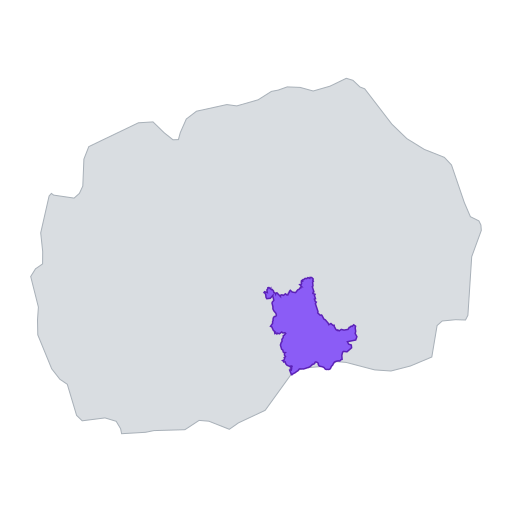 location of Kavadartsi, Kavadartsi, North Macedonia
{"feature_id": "65306769B96152204239158", "entity_name": "Kavadartsi", "entity_type": "district", "adm_level": 2, "iso_a3": "MKD", "parent_name": "North Macedonia", "parent_adm1": "Kavadartsi", "projection": "mercator", "projection_center": [22.001, 41.309], "detail": "fine", "context": "in_parent", "style": "filled", "palette": "violet", "viewbox_px": 512, "rotation_deg": 0, "n_neighbors": 0, "source": "geoboundaries", "source_scale": "gbopen_adm2", "svg_char_len": 4230}
<svg xmlns="http://www.w3.org/2000/svg" viewBox="0 0 512 512"><path d="M227.0,104.6L236.8,105.9L258.1,99.8L271.4,91.4L278.2,90.1L287.2,86.9L300.1,87.4L313.2,91.0L329.9,86.2L346.3,78.3L352.9,80.3L360.0,87.0L364.7,88.8L391.9,124.2L406.8,138.6L424.3,149.4L444.4,157.4L451.5,165.0L464.3,202.5L470.4,216.7L478.9,220.9L480.9,225.0L481.3,230.4L471.7,256.7L467.9,315.3L465.5,320.0L455.5,319.7L442.2,321.0L437.1,325.5L431.8,357.0L410.4,366.0L391.0,371.0L374.7,369.9L346.0,362.4L336.6,361.6L328.5,365.9L302.9,368.1L291.7,373.6L265.2,410.3L238.4,422.9L229.3,429.3L208.9,421.2L199.1,420.4L184.9,429.7L153.9,430.6L145.5,432.3L121.6,433.7L120.6,428.7L116.2,421.3L105.0,417.9L82.2,420.8L76.6,415.4L67.3,384.3L59.9,379.3L51.7,368.8L37.8,334.9L37.5,320.0L38.4,307.1L30.7,276.5L35.5,268.8L42.6,263.9L42.7,251.6L40.7,232.9L49.1,196.0L51.4,193.4L53.6,195.1L74.1,198.1L79.4,193.4L82.8,186.1L83.9,159.1L88.8,146.6L138.4,122.8L153.0,121.9L164.2,132.8L173.0,139.8L178.4,139.6L180.3,132.6L186.3,119.0L196.5,111.2L226.7,104.6L227.0,104.6Z" fill="#d9dde1" stroke="#a8b0b8" stroke-width="1"/><path d="M322.1,315.7L321.6,315.0L320.2,315.2L317.7,312.9L318.0,311.6L315.4,303.7L316.3,302.1L315.3,301.5L314.4,299.1L315.5,298.7L314.4,295.5L315.1,294.3L312.9,293.5L313.2,292.1L313.9,291.8L312.3,286.7L313.0,285.9L312.6,282.2L313.4,281.2L312.8,280.4L313.2,279.0L311.7,277.5L310.1,277.4L309.8,278.4L307.9,277.6L306.6,278.6L305.1,278.4L303.6,279.7L303.0,279.6L301.7,280.6L302.5,281.2L301.2,281.9L301.6,283.6L301.2,284.4L299.8,284.6L301.6,286.6L301.0,286.5L300.8,287.8L300.2,287.7L299.3,289.1L297.7,289.9L295.6,292.6L292.3,292.1L290.3,290.3L289.3,291.5L289.4,292.3L288.3,293.3L288.0,294.8L287.0,295.0L285.4,293.8L283.4,295.4L281.9,294.8L280.8,295.1L280.3,295.5L280.4,296.4L276.9,292.8L275.8,293.2L275.6,294.1L275.2,293.2L273.8,292.3L273.5,291.0L272.2,289.5L271.5,289.7L270.9,289.2L270.8,288.4L270.5,288.8L268.9,287.5L267.9,287.7L267.9,288.5L266.9,289.9L267.3,292.6L264.6,291.7L264.0,292.6L264.7,292.9L265.7,294.5L266.0,297.3L266.8,298.7L270.3,298.3L272.8,295.5L272.6,296.7L273.1,297.1L273.8,300.4L272.3,302.1L272.0,303.1L272.9,306.7L272.9,308.9L273.8,310.8L275.9,313.3L276.4,315.2L276.1,315.9L275.3,316.5L274.4,316.5L273.5,317.5L273.0,319.2L273.2,320.4L272.6,321.3L272.6,323.4L270.5,326.3L271.8,326.9L273.3,330.3L275.0,331.8L274.6,332.1L274.9,333.6L276.1,333.1L276.9,334.0L277.6,333.2L279.4,333.8L281.7,332.0L282.9,333.0L284.9,332.7L285.7,333.4L284.3,335.2L283.3,335.6L283.2,337.5L281.9,339.3L282.0,341.6L281.3,342.3L280.4,345.0L281.6,349.2L282.9,350.2L283.2,352.0L283.9,352.5L285.2,352.6L284.5,353.2L284.4,355.0L285.5,356.6L284.3,357.6L284.7,357.9L284.1,360.0L282.6,360.6L283.5,361.2L283.7,362.0L285.2,361.9L285.7,363.7L287.1,365.3L289.8,366.4L291.2,365.9L292.1,366.3L292.0,366.8L291.0,366.8L291.3,367.4L290.5,368.0L291.6,368.6L291.3,370.1L290.4,369.7L289.6,370.0L291.7,375.3L291.7,375.2L292.0,374.7L292.3,374.3L292.4,374.2L294.1,373.2L295.0,372.8L295.8,372.2L296.9,371.3L297.8,370.9L298.4,370.1L299.0,369.3L299.6,368.9L300.1,368.8L301.0,369.0L302.1,368.9L303.4,369.0L304.8,368.6L306.0,368.2L306.7,367.9L307.2,367.7L308.2,367.6L309.9,366.7L311.7,365.3L312.2,364.5L313.0,364.2L313.5,364.2L313.9,364.0L314.3,363.7L314.6,363.4L314.8,363.2L314.8,362.9L314.9,362.4L315.9,361.9L317.2,362.4L317.6,362.6L317.7,362.8L318.2,363.3L318.3,363.6L318.3,364.1L318.3,364.7L318.6,365.1L319.4,366.1L320.6,366.4L322.2,366.7L323.8,367.4L324.0,367.5L324.4,368.0L325.0,368.8L325.4,369.2L326.4,369.5L327.2,369.4L327.7,369.4L328.8,369.5L329.9,369.1L330.6,368.2L330.9,367.6L331.2,366.7L331.5,366.2L332.1,365.7L332.8,364.9L333.4,363.5L334.2,362.4L334.4,362.1L334.8,361.9L335.3,361.6L336.6,361.2L337.1,361.1L337.5,361.0L338.1,360.9L338.7,360.9L339.5,361.0L340.0,360.8L340.3,360.6L341.0,359.7L341.9,359.3L342.1,359.3L341.8,355.4L342.6,352.2L343.6,351.4L347.0,351.8L351.6,347.8L351.3,345.0L348.6,344.1L347.4,341.7L355.7,340.0L356.9,336.7L355.2,333.5L355.7,331.3L355.2,328.0L355.6,326.2L353.7,324.8L352.1,326.4L351.2,326.1L350.1,327.2L349.3,327.3L348.0,329.4L344.0,330.1L341.3,329.4L339.1,330.9L337.8,329.9L337.3,330.5L336.0,329.6L334.1,326.2L334.2,325.3L332.8,325.2L330.9,323.5L328.8,324.7L328.2,323.2L325.4,319.9L323.9,319.1L322.1,315.7Z" fill="#8b5cf6" stroke="#5b21b6" stroke-width="1.5"/></svg>